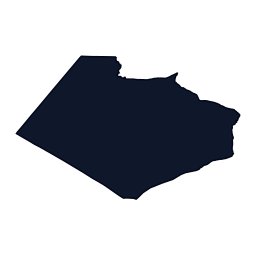 Lushoto, Tanga, United Republic of Tanzania (Natural Earth projection), rotated 271°
{"feature_id": "72390352B30242417713864", "entity_name": "Lushoto", "entity_type": "district", "adm_level": 2, "iso_a3": "TZA", "parent_name": "United Republic of Tanzania", "parent_adm1": "Tanga", "projection": "natural_earth1", "projection_center": [38.469, -4.546], "detail": "fine", "context": "isolated", "style": "filled", "palette": "ink", "viewbox_px": 256, "rotation_deg": 271, "n_neighbors": 0, "source": "geoboundaries", "source_scale": "gbopen_adm2", "svg_char_len": 5340}
<svg xmlns="http://www.w3.org/2000/svg" viewBox="0 0 256 256"><g transform="rotate(271 128 128)"><path d="M57.1,137.5L58.7,139.2L59.6,140.1L63.7,144.1L66.5,148.2L68.6,151.2L71.8,158.7L72.9,161.4L73.5,162.8L75.0,166.8L75.1,167.2L75.5,168.3L77.4,173.5L78.7,175.7L79.9,177.5L81.1,179.5L82.5,181.7L84.5,186.4L86.8,196.9L86.9,197.0L87.0,197.3L87.0,197.6L87.1,197.8L87.4,198.0L87.6,198.2L87.8,198.4L87.8,198.6L87.7,198.8L87.7,199.1L87.9,199.2L88.1,199.2L88.3,199.3L88.3,199.5L88.3,199.8L88.3,200.1L88.5,200.2L88.7,200.3L88.9,200.2L89.1,200.3L89.3,200.4L89.4,200.6L89.5,200.9L89.7,201.3L89.8,201.6L90.0,201.8L90.1,202.2L90.3,202.3L90.5,202.5L90.7,202.9L90.8,203.1L91.0,203.3L91.3,203.6L91.5,203.9L91.7,204.0L92.0,204.2L92.0,204.3L92.1,204.6L92.2,205.2L92.5,206.3L92.8,207.0L93.1,207.8L94.0,209.1L95.0,210.3L95.8,211.3L96.4,212.3L97.0,213.5L97.1,214.2L97.3,215.6L97.6,216.6L97.9,218.0L98.2,219.5L98.5,221.1L98.5,222.5L99.0,224.2L99.2,225.7L99.7,227.3L100.3,228.8L100.9,230.4L101.4,231.6L101.9,232.4L103.4,233.1L103.8,233.5L104.1,233.8L104.5,233.5L104.8,233.4L105.2,233.3L105.7,233.2L106.2,233.1L106.6,233.0L107.2,232.8L108.0,232.5L108.7,232.4L109.1,232.4L109.6,232.5L110.3,232.4L111.1,232.4L111.9,232.6L112.9,232.7L114.8,232.7L116.0,232.6L116.8,232.5L117.2,232.5L117.3,232.5L117.8,232.6L118.1,232.7L118.6,232.8L118.9,232.8L119.0,232.8L119.5,233.1L119.9,233.4L120.3,233.3L120.6,233.1L121.0,233.1L121.5,232.9L122.0,232.6L122.6,232.5L123.3,232.3L123.9,232.2L124.4,232.1L124.8,232.0L125.4,231.9L125.8,231.9L126.4,231.8L127.0,231.7L127.4,231.7L127.7,231.7L128.2,231.7L128.5,231.7L128.9,231.8L129.3,232.0L129.8,232.2L130.3,232.2L131.0,232.1L131.7,232.1L132.4,232.1L133.0,233.0L133.7,234.6L134.2,234.9L135.1,235.4L136.3,236.2L136.5,236.2L136.4,236.3L136.6,236.3L137.0,236.7L137.6,237.3L138.4,237.6L139.2,237.8L140.1,238.1L140.8,238.5L141.1,238.7L141.4,239.0L141.7,239.2L142.0,239.3L142.4,239.4L142.7,239.4L142.9,239.4L143.1,239.4L144.2,238.4L144.3,238.1L145.1,237.4L145.5,236.6L145.8,236.3L146.3,236.0L146.6,235.4L147.7,234.1L148.2,233.5L148.4,232.6L148.5,231.4L148.8,229.9L149.1,228.4L149.5,226.7L150.0,224.9L150.9,223.4L151.5,222.1L151.8,220.9L152.3,220.0L153.3,218.3L154.0,216.6L154.7,214.5L155.2,212.7L155.8,209.3L156.2,207.5L156.5,206.4L156.5,205.2L156.6,204.8L156.6,203.9L156.5,203.0L156.5,202.2L156.4,201.3L156.4,200.3L156.6,199.5L156.9,198.8L157.3,198.5L157.6,198.3L158.2,198.0L158.9,197.6L159.6,197.4L160.2,197.1L160.9,196.7L161.4,196.5L161.8,196.3L162.1,196.1L162.4,195.7L162.7,195.3L162.9,194.7L163.3,194.0L163.5,193.5L163.5,193.3L163.5,193.2L163.7,192.6L163.9,191.9L164.2,191.6L164.6,191.3L164.8,190.8L165.0,190.2L165.3,189.8L165.6,189.6L165.8,189.3L165.8,189.0L166.0,188.6L166.3,188.1L166.4,187.7L166.6,187.0L166.8,186.3L167.0,185.7L167.2,185.3L167.6,185.0L167.9,184.4L168.2,183.9L168.5,183.4L168.9,183.0L169.1,182.5L169.0,181.9L169.1,181.3L169.2,180.8L169.4,180.4L169.5,180.2L169.7,179.9L170.1,179.5L170.6,179.2L171.0,178.8L171.4,178.5L171.9,177.9L172.3,177.4L172.6,176.9L172.8,176.6L173.4,175.8L174.1,175.3L174.4,174.9L174.7,174.2L175.1,173.7L175.3,173.6L175.8,173.9L176.1,174.0L176.6,173.9L176.9,173.9L177.6,174.0L178.3,174.2L178.8,174.2L179.1,174.4L179.5,174.4L180.1,174.6L180.9,174.8L181.2,175.2L181.4,175.4L182.0,176.0L182.8,176.2L183.3,176.3L183.6,176.4L183.7,176.0L183.2,175.2L182.8,174.5L182.3,173.5L181.5,171.8L181.2,171.1L180.6,170.0L179.9,168.8L179.4,167.7L178.9,166.6L178.5,165.3L178.3,164.5L178.3,164.0L178.3,163.4L178.3,162.7L178.3,161.6L178.4,160.7L178.4,159.7L178.3,158.7L178.4,157.8L178.4,157.0L178.3,156.2L178.0,155.4L178.1,154.6L178.0,153.7L177.8,152.8L177.7,152.3L177.6,152.2L177.5,151.7L177.2,150.6L177.1,149.3L176.8,148.1L176.5,146.9L176.4,145.5L176.4,144.3L176.5,143.1L176.5,142.1L176.5,140.5L176.6,139.1L176.4,137.8L176.5,136.8L176.6,135.4L176.8,133.6L176.9,132.3L176.9,130.8L176.9,128.9L176.9,126.1L176.9,125.4L177.2,124.0L177.5,124.0L177.9,124.1L178.2,124.4L178.5,124.3L178.6,123.8L178.4,123.2L177.9,122.8L177.6,122.3L177.8,121.7L178.0,121.2L178.4,120.6L178.9,120.2L179.2,119.6L179.4,119.2L179.4,118.9L179.2,118.4L179.0,117.6L179.3,117.3L179.6,116.8L179.9,116.6L180.3,116.3L180.8,116.3L181.1,116.7L181.5,116.8L181.8,116.6L182.1,116.5L182.3,116.7L182.6,117.0L182.7,117.3L182.8,117.9L183.0,118.2L183.5,117.8L184.1,117.6L184.9,117.4L185.4,117.3L185.9,117.6L186.2,117.8L186.7,118.2L186.9,118.5L187.4,118.9L187.8,119.2L188.5,119.6L189.2,119.7L189.6,119.6L190.2,119.6L190.6,119.8L190.8,119.7L190.8,119.2L191.1,118.8L191.6,118.7L191.7,118.4L192.0,117.9L192.4,117.7L192.7,117.4L193.0,117.5L193.4,117.5L193.8,117.1L194.1,116.7L194.1,116.1L194.0,115.5L194.2,115.4L195.2,115.1L195.6,114.7L195.9,114.4L196.3,114.7L196.6,114.8L196.9,114.6L197.4,114.7L197.9,114.8L198.0,114.9L198.4,114.5L198.8,114.1L198.8,102.1L198.7,89.7L198.9,80.1L197.8,79.1L197.5,78.8L164.3,51.8L155.0,44.3L142.9,34.5L141.9,33.7L139.8,31.9L131.5,25.3L125.9,20.8L121.8,17.4L120.5,16.6L112.9,30.2L112.9,30.3L111.0,33.4L110.7,34.0L110.1,35.0L107.0,41.3L106.8,41.5L105.6,43.9L104.8,45.2L103.6,47.4L100.8,52.6L98.9,56.0L96.4,60.5L94.7,63.6L92.0,68.3L84.2,81.8L84.3,81.8L77.1,93.6L74.1,99.1L71.1,104.4L68.0,109.2L64.8,113.9L61.7,118.5L59.7,121.6L58.2,124.1L57.9,124.7L57.9,125.7L58.1,126.9L58.1,129.7L58.0,130.8L58.0,132.3L57.9,133.4L57.9,134.7L57.7,135.4L57.5,135.9L57.3,136.6L57.1,137.3L57.1,137.5Z" fill="#0f172a" stroke="#020617" stroke-width="1.5"/></g></svg>